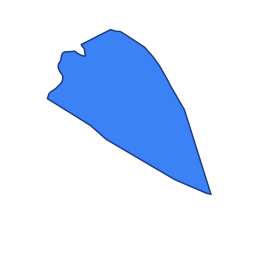 the border of Mangochi, rotated 153°
{"feature_id": "MWI-1910", "entity_name": "Mangochi", "entity_type": "District", "adm_level": 1, "iso_a3": "MWI", "parent_name": "Malawi", "parent_adm1": "", "projection": "equal_earth", "projection_center": [35.307, -14.139], "detail": "fine", "context": "isolated", "style": "filled", "palette": "blue", "viewbox_px": 256, "rotation_deg": 153, "n_neighbors": 0, "source": "natural_earth", "source_scale": "10m", "svg_char_len": 966}
<svg xmlns="http://www.w3.org/2000/svg" viewBox="0 0 256 256"><g transform="rotate(153 128 128)"><path d="M84.2,31.4L87.7,34.2L99.5,48.4L109.6,60.6L119.7,76.3L132.1,95.7L142.6,112.2L152.5,127.7L160.3,147.2L170.2,163.8L182.3,183.8L186.5,190.7L183.2,194.1L180.7,195.3L177.2,195.5L174.4,196.0L168.7,197.8L166.2,199.0L164.6,200.4L162.9,202.9L162.6,203.7L162.5,204.7L163.1,209.9L163.0,212.1L162.5,214.2L161.2,216.2L160.1,217.1L158.9,217.7L157.1,218.9L154.1,223.0L152.4,224.2L150.6,224.6L149.0,224.2L143.0,221.5L141.8,221.2L140.9,220.7L140.2,220.0L139.0,217.3L137.8,215.5L135.8,213.2L135.1,212.6L134.5,212.2L134.0,211.9L133.2,211.8L132.8,212.1L132.6,212.7L132.4,214.3L132.2,215.0L131.6,216.2L131.2,217.6L131.1,218.5L131.2,219.3L131.3,220.1L131.8,222.1L131.9,222.4L131.7,223.6L100.0,223.6L98.9,223.6L95.0,219.8L91.5,217.8L90.0,215.9L76.6,192.5L73.4,180.1L71.7,169.2L71.0,153.5L71.0,147.0L69.5,118.6L84.2,31.4Z" fill="#3b82f6" stroke="#1e3a8a" stroke-width="1.5"/></g></svg>